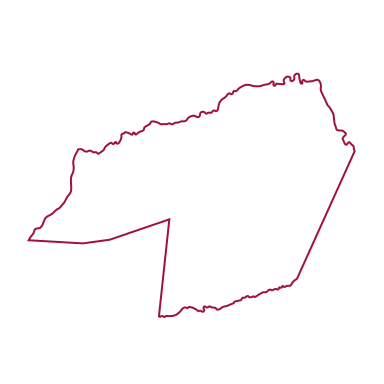 San Fernando, Ocotepeque, Honduras (Equal Earth projection), rotated 185°
{"feature_id": "27666195B54888668150426", "entity_name": "San Fernando", "entity_type": "district", "adm_level": 2, "iso_a3": "HND", "parent_name": "Honduras", "parent_adm1": "Ocotepeque", "projection": "equal_earth", "projection_center": [-89.101, 14.691], "detail": "fine", "context": "isolated", "style": "outline", "palette": "rose", "viewbox_px": 384, "rotation_deg": 185, "n_neighbors": 0, "source": "geoboundaries", "source_scale": "gbopen_adm2", "svg_char_len": 5947}
<svg xmlns="http://www.w3.org/2000/svg" viewBox="0 0 384 384"><g transform="rotate(185 192 192)"><path d="M169.8,74.3L169.5,75.1L169.5,75.7L169.7,76.2L170.4,76.8L170.5,77.2L170.5,77.5L170.2,78.6L169.9,78.9L169.5,79.1L168.8,79.1L167.8,78.4L166.8,78.3L165.9,78.6L164.8,79.5L164.2,79.6L162.5,78.8L159.9,78.7L158.5,78.6L158.1,78.3L157.6,77.6L157.1,77.2L156.2,77.0L155.5,77.1L154.0,77.9L153.3,78.4L152.2,79.5L151.3,80.1L149.6,80.8L146.9,81.7L141.6,84.5L140.6,85.3L140.2,86.3L139.9,86.6L133.9,88.5L133.5,88.9L133.1,90.2L132.6,90.8L132.0,91.2L130.6,91.2L130.0,91.4L129.4,91.9L128.5,92.8L128.0,93.1L127.6,93.2L127.1,93.2L125.9,92.3L124.9,92.1L123.9,92.3L122.6,93.0L122.1,93.3L121.4,93.3L120.5,92.9L120.2,92.9L119.3,93.4L116.8,95.4L112.9,98.1L112.0,98.4L110.1,98.5L108.8,99.1L108.2,99.6L107.2,100.9L106.4,101.4L105.5,101.6L104.2,101.1L103.5,101.1L102.7,101.4L101.5,102.2L100.4,102.7L99.7,102.7L98.6,102.3L98.0,102.3L97.6,102.6L97.3,102.8L97.1,103.9L96.8,104.4L96.4,104.6L95.5,104.3L94.9,104.4L94.5,104.8L94.0,105.8L93.6,106.2L93.1,106.1L92.4,105.5L91.9,105.4L91.2,105.6L89.9,106.4L88.9,106.8L88.0,107.0L86.7,107.0L86.1,107.2L85.6,107.5L85.3,107.9L84.2,110.2L83.1,111.9L81.5,113.4L79.8,114.8L33.5,246.9L34.0,247.6L34.4,248.6L34.6,249.3L34.8,250.8L35.1,251.8L36.0,252.5L37.4,253.4L39.1,255.1L39.7,255.3L40.4,255.0L41.3,254.0L41.8,252.9L42.2,252.6L42.8,252.6L43.5,252.9L44.4,254.1L46.5,258.1L46.6,258.5L46.4,259.2L46.0,259.9L44.5,261.7L43.9,262.5L43.8,263.1L43.9,263.6L44.1,264.0L44.4,264.4L47.2,266.1L48.4,266.3L50.8,266.1L52.1,266.2L53.0,266.5L53.6,267.2L54.8,270.1L55.9,272.4L57.3,279.4L57.8,281.3L58.3,282.6L60.1,285.3L61.5,287.3L62.7,288.7L64.4,290.2L64.9,290.9L67.4,295.4L72.1,303.5L72.5,304.5L72.8,305.7L72.8,306.7L72.8,308.9L73.1,310.7L73.5,311.6L74.1,312.7L74.8,313.6L75.6,314.3L76.4,314.7L77.3,314.7L78.3,314.4L80.3,313.5L81.6,313.0L84.4,312.4L87.2,311.9L88.2,312.0L88.7,312.2L89.9,313.2L90.5,313.4L90.9,313.4L91.5,313.0L91.8,312.3L91.8,311.6L91.5,310.7L91.6,310.0L92.0,309.5L92.6,309.4L92.9,309.6L93.3,310.2L94.1,311.9L94.9,314.5L95.4,317.2L95.8,318.2L96.0,318.6L96.4,318.9L96.9,319.1L97.4,319.0L98.0,318.9L98.8,318.5L99.5,317.9L99.9,317.3L100.2,316.7L100.3,316.1L100.2,315.4L99.9,314.2L100.1,313.1L100.3,312.5L100.8,312.0L102.0,311.2L102.8,311.1L103.5,311.6L103.8,312.4L103.8,313.5L103.9,314.2L104.3,314.7L104.9,315.1L105.8,315.3L106.8,315.3L107.8,314.9L108.7,314.3L109.8,312.9L110.2,312.3L110.3,311.7L110.4,311.1L110.3,310.4L110.0,309.8L109.6,309.2L109.4,308.6L109.6,307.8L110.1,307.4L113.5,307.2L117.2,307.3L117.7,306.9L118.1,305.9L118.4,305.4L118.9,305.0L119.3,305.0L119.9,305.3L120.3,305.9L120.3,306.6L120.1,307.6L120.3,308.5L120.8,309.0L121.4,309.2L122.1,308.9L122.6,308.6L123.9,307.0L124.8,306.3L129.5,305.0L133.2,303.5L134.4,303.2L137.6,302.9L140.0,302.9L141.3,303.1L143.7,303.6L145.6,303.7L146.8,303.6L148.3,303.2L150.5,302.1L153.1,300.3L154.5,299.1L155.9,297.1L156.7,296.4L157.4,296.2L158.5,296.4L159.2,296.1L159.6,295.5L159.8,294.5L160.0,293.9L160.3,293.4L160.7,293.1L161.2,292.9L161.7,292.8L162.9,293.4L163.5,293.5L164.1,293.3L164.6,292.9L166.1,290.6L166.8,289.7L167.7,288.8L170.1,286.9L171.2,285.6L171.9,284.7L172.4,283.3L172.9,281.5L173.1,279.8L173.3,277.3L173.4,276.3L173.8,275.5L174.5,274.9L175.2,274.7L176.6,275.1L177.5,275.0L178.4,274.4L179.3,273.0L179.8,272.6L180.5,272.5L181.6,272.6L182.4,272.5L183.1,272.2L184.0,271.5L184.6,271.3L185.4,271.5L186.3,272.4L187.1,272.8L188.1,272.9L189.3,272.6L189.9,272.2L190.4,271.6L190.7,270.7L190.7,269.4L190.9,268.6L191.4,267.7L192.0,267.3L192.8,267.0L193.6,267.1L194.3,267.4L195.4,268.0L196.2,268.2L197.1,268.2L198.9,267.6L200.5,266.9L201.7,266.0L202.6,265.0L203.7,263.0L204.1,262.6L204.8,262.2L206.1,261.7L207.9,261.6L208.8,261.4L212.1,259.9L213.9,259.7L214.7,259.5L215.4,259.2L216.6,258.1L217.4,257.8L218.3,257.7L219.8,258.3L220.6,258.4L221.6,258.1L222.6,257.5L223.1,257.3L225.8,257.2L228.5,256.7L229.4,256.9L231.5,258.0L234.0,258.6L236.5,259.0L237.6,258.9L238.3,258.7L238.8,258.4L239.1,258.1L239.5,256.7L239.8,256.2L244.8,252.5L245.2,251.7L245.3,250.6L245.4,250.0L245.6,249.5L246.0,249.1L247.0,248.4L248.5,247.8L249.6,247.2L250.6,246.5L251.9,245.1L252.7,244.5L253.1,244.4L253.6,244.6L253.9,244.9L254.3,245.8L254.9,246.1L255.3,246.1L255.7,245.9L256.0,245.3L256.1,244.6L256.2,244.3L256.5,244.0L257.0,243.9L258.1,244.1L259.6,245.0L260.7,245.4L263.5,245.8L264.0,245.6L264.6,244.8L265.1,244.3L266.7,243.8L267.1,243.3L267.3,242.6L267.1,240.4L267.2,239.4L267.3,238.6L268.3,236.1L269.2,234.5L269.5,234.1L270.2,233.7L271.1,233.7L271.5,234.0L272.0,234.9L272.6,235.1L273.1,234.8L273.7,233.5L274.0,233.2L274.4,233.0L274.9,232.9L275.3,233.0L275.8,233.3L276.3,233.9L276.6,234.0L277.2,233.9L278.0,233.5L279.9,231.9L282.2,229.4L282.9,228.2L283.5,226.4L283.8,225.9L288.3,222.0L289.1,222.0L290.1,222.8L290.9,223.2L291.8,223.2L293.3,223.0L294.0,223.0L295.9,224.1L296.9,224.3L298.2,224.2L299.9,223.2L301.1,223.0L302.0,223.1L302.7,223.3L304.6,224.6L305.5,224.9L306.4,225.0L309.0,224.6L311.9,217.7L312.9,212.8L312.9,211.2L312.6,208.9L312.1,207.3L311.9,204.5L312.0,202.0L312.4,200.6L313.3,198.2L313.7,195.7L313.6,192.8L313.3,190.0L312.9,187.9L312.6,185.0L312.6,182.6L313.0,180.7L314.3,178.5L315.6,176.8L318.0,171.1L318.9,169.6L320.2,167.9L321.8,165.4L323.2,164.0L325.0,162.9L326.6,161.4L328.2,159.4L329.2,158.3L331.0,156.9L334.0,155.1L336.0,152.9L338.3,145.6L340.0,143.1L342.3,142.3L344.5,141.8L345.5,140.6L346.0,138.2L346.6,136.5L349.1,132.8L350.5,129.7L296.1,131.3L269.8,137.3L212.2,162.8L214.1,65.3L213.5,64.9L213.0,64.9L212.6,65.1L211.7,65.7L210.9,65.8L210.2,65.7L209.2,65.2L208.6,65.1L208.1,65.3L207.3,66.1L206.8,66.3L204.4,66.3L202.8,66.5L200.6,66.8L199.1,67.4L197.1,68.3L195.2,69.9L193.4,71.8L191.6,74.6L190.5,75.7L189.4,76.3L188.5,76.5L187.9,76.4L187.1,76.0L186.3,76.0L185.7,76.4L185.2,77.1L184.9,77.3L182.2,77.0L181.4,76.9L177.8,75.4L176.1,74.3L175.4,74.0L174.9,74.1L173.8,74.4L173.1,74.5L172.4,74.3L171.5,73.7L170.9,73.6L170.3,73.8L169.8,74.3Z" fill="none" stroke="#9f1239" stroke-width="2"/></g></svg>